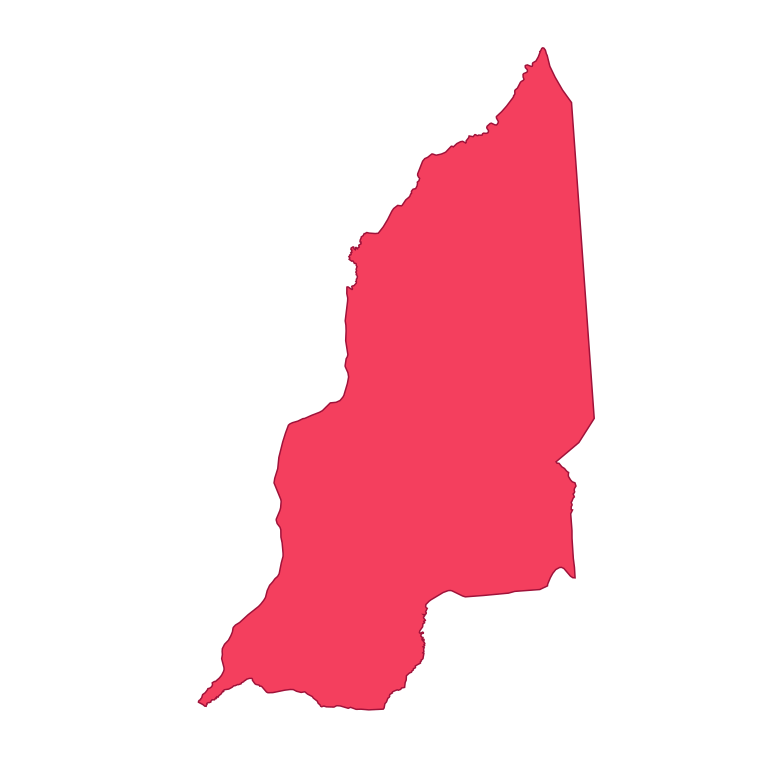 the district of Chi Kraeng, Siemréab, Cambodia, rotated 176°
{"feature_id": "14789045B44896386917879", "entity_name": "Chi Kraeng", "entity_type": "district", "adm_level": 2, "iso_a3": "KHM", "parent_name": "Cambodia", "parent_adm1": "Siemréab", "projection": "albers", "projection_center": [104.442, 13.166], "detail": "fine", "context": "isolated", "style": "filled", "palette": "rose", "viewbox_px": 768, "rotation_deg": 176, "n_neighbors": 0, "source": "geoboundaries", "source_scale": "gbopen_adm2", "svg_char_len": 6051}
<svg xmlns="http://www.w3.org/2000/svg" viewBox="0 0 768 768"><g transform="rotate(176 384 384)"><path d="M494.0,318.1L495.9,307.0L499.6,297.5L500.6,293.0L495.0,276.0L494.8,274.0L495.8,267.6L496.7,265.0L500.9,256.7L501.0,255.7L500.3,252.2L497.7,248.3L497.1,245.7L497.5,238.4L496.7,232.7L496.5,222.1L496.7,219.2L498.9,212.8L501.8,202.1L503.5,199.5L506.3,197.4L508.9,194.3L512.1,191.2L514.9,186.1L517.1,179.4L519.2,176.4L522.3,173.0L524.7,170.8L535.7,163.3L544.6,156.2L549.0,153.9L551.1,151.9L551.6,151.1L552.5,147.3L554.2,143.8L557.0,139.3L561.2,135.5L563.7,131.3L564.1,128.6L564.1,125.2L565.1,121.3L563.4,112.1L563.5,110.1L564.2,108.3L566.3,104.8L568.7,102.2L572.9,99.0L573.9,99.1L576.2,97.9L576.1,95.7L577.1,94.0L579.1,92.7L580.9,92.4L581.6,91.1L583.9,88.5L586.6,86.8L587.8,83.6L588.9,82.6L589.1,81.9L590.3,81.4L591.1,80.5L591.3,79.5L587.1,76.9L585.2,75.1L583.9,74.9L583.6,76.0L582.9,76.7L583.0,77.7L581.6,78.4L580.7,78.3L579.0,78.8L579.0,79.4L577.5,81.0L575.1,80.8L574.3,82.0L573.9,82.3L573.5,81.9L572.8,82.6L573.2,83.1L572.4,83.8L571.2,83.3L570.5,84.6L568.2,86.1L566.3,88.7L565.9,88.3L565.4,88.5L565.1,89.7L564.6,90.1L560.1,90.5L556.6,92.1L555.0,93.4L553.6,93.4L550.9,94.4L550.2,94.2L547.5,94.9L547.0,95.9L544.8,96.8L543.7,97.9L542.9,98.0L541.8,99.0L539.0,99.7L536.9,99.6L536.3,99.5L535.8,98.8L535.9,97.6L533.7,94.0L532.6,93.2L529.7,92.4L529.0,91.2L528.0,91.3L527.0,90.7L522.7,84.9L521.3,84.1L516.4,83.9L504.3,85.5L498.9,85.8L495.8,85.5L492.7,83.6L488.2,82.1L484.5,82.5L481.9,80.0L477.3,77.2L476.4,75.6L472.7,72.3L471.9,70.0L470.3,68.5L469.6,66.9L468.7,66.4L466.5,66.9L464.1,66.0L456.5,65.2L453.6,66.4L450.1,65.9L442.3,63.0L439.9,63.8L434.5,61.4L429.6,61.2L421.9,60.0L407.4,59.7L406.5,60.8L405.4,65.0L403.7,66.7L402.1,70.2L400.7,71.1L400.1,72.1L400.3,72.8L399.8,73.9L397.3,75.2L397.5,75.7L396.9,76.3L394.7,77.2L392.1,78.0L391.1,77.5L388.7,78.2L387.6,79.5L384.6,79.9L383.7,84.7L382.5,87.1L382.0,91.4L378.8,93.9L376.7,94.6L376.0,95.9L374.7,96.7L374.4,98.1L372.9,98.5L372.4,99.0L372.4,100.6L367.1,103.1L367.1,104.3L366.1,105.1L366.0,106.2L365.3,106.4L364.3,107.3L363.0,112.5L364.0,113.1L362.9,114.1L363.0,116.9L362.3,118.1L363.4,119.1L362.0,119.9L361.7,120.4L362.2,121.5L361.4,122.0L361.9,123.7L362.5,124.1L362.8,125.0L361.9,125.6L361.9,126.3L362.7,126.3L363.6,125.8L364.0,126.7L363.7,127.3L362.9,127.6L362.7,128.1L362.9,128.5L363.6,128.5L364.8,130.0L364.4,131.7L363.8,132.3L362.2,132.6L362.1,133.3L362.7,133.8L365.1,132.9L365.9,133.2L366.0,133.9L365.4,135.4L362.4,139.1L361.9,142.0L360.2,143.0L360.9,144.5L359.5,145.0L359.2,145.4L360.8,147.8L360.8,148.7L359.5,150.1L360.7,151.2L359.4,151.0L358.0,151.9L357.8,152.8L358.4,153.8L356.5,157.2L357.4,157.7L358.0,159.0L357.6,161.1L354.3,164.1L352.3,165.4L339.5,171.9L334.4,173.4L332.3,173.4L330.7,173.0L320.3,167.0L317.7,166.0L299.4,166.1L274.4,166.7L268.0,168.0L242.9,168.1L235.0,171.2L234.7,172.9L231.6,179.1L228.9,183.3L225.6,186.9L221.7,188.7L219.7,188.7L217.4,187.4L211.4,179.3L209.2,177.6L206.9,177.3L206.8,187.7L207.3,196.8L207.2,216.9L206.7,224.6L206.8,241.5L204.7,245.2L206.0,245.7L205.8,248.5L204.9,249.9L204.8,250.7L205.5,252.5L205.3,253.3L204.8,253.8L203.3,256.9L202.0,258.1L203.0,261.1L201.7,262.3L201.3,263.2L201.7,264.9L201.2,266.6L199.6,268.8L200.4,272.1L203.0,273.3L204.6,275.3L206.4,278.8L206.5,280.4L206.0,282.9L207.0,283.5L208.3,284.9L209.8,287.1L212.4,289.0L215.0,292.7L216.9,292.9L217.8,294.4L193.7,312.0L176.7,335.0L177.3,651.7L185.4,664.8L191.9,678.1L196.4,689.4L198.3,700.4L199.0,702.1L199.7,705.7L201.0,707.8L202.1,708.3L203.2,707.8L204.6,705.3L205.4,704.8L205.2,704.1L207.3,699.5L209.9,695.6L213.0,694.1L213.5,693.4L213.7,691.3L214.1,690.6L215.1,690.6L218.7,692.3L220.4,692.0L221.0,691.5L220.9,689.7L219.1,687.5L219.1,686.0L219.8,685.0L223.0,683.9L223.7,683.1L223.8,680.5L223.1,678.2L223.9,677.2L226.0,676.2L226.9,675.4L230.3,669.8L232.6,668.2L233.1,667.3L233.2,664.2L234.8,662.1L234.7,661.5L235.1,661.0L242.4,652.6L247.8,647.3L253.2,643.0L253.3,641.6L251.6,637.7L252.0,636.5L253.1,635.0L253.9,634.5L255.5,634.9L258.7,636.7L259.9,636.5L263.1,634.0L263.6,632.8L263.4,631.7L262.2,629.8L262.2,628.5L262.8,627.4L263.5,627.1L264.7,626.9L267.1,627.3L268.2,626.8L268.8,625.5L269.7,625.4L272.2,625.7L272.8,625.3L273.8,625.3L275.2,626.3L276.0,626.4L277.8,624.5L281.8,625.5L282.3,623.9L285.1,620.8L285.2,619.2L285.7,618.7L288.6,620.6L290.7,620.4L294.5,618.8L298.3,615.7L299.7,616.5L300.4,616.4L306.3,611.0L307.8,610.4L310.7,609.4L316.0,608.6L319.3,610.0L320.3,610.1L324.6,607.1L327.6,606.0L329.9,603.6L335.7,591.4L335.9,590.0L335.2,588.1L334.1,586.7L334.9,584.4L336.7,583.0L336.6,581.6L337.2,579.3L338.8,576.7L341.4,576.3L342.5,575.2L343.2,574.3L343.3,572.2L344.1,571.7L345.3,569.2L349.5,566.1L353.5,560.9L354.3,560.5L357.9,561.2L362.1,558.4L364.1,555.9L368.9,547.8L373.8,540.8L379.2,534.8L382.2,534.7L388.4,535.6L390.5,536.3L391.2,536.2L391.9,535.4L393.3,535.4L394.4,533.5L396.5,532.2L396.5,531.5L397.7,529.3L398.0,527.9L397.9,527.4L397.0,527.1L397.3,526.2L397.1,525.7L397.4,525.2L399.1,524.5L399.5,523.8L399.2,522.4L400.9,521.4L401.0,520.9L402.3,522.2L402.8,522.1L402.7,520.9L403.3,519.9L404.4,521.0L404.8,522.8L405.5,522.9L407.3,521.9L407.6,520.6L406.7,519.7L407.2,518.9L406.9,517.7L408.0,517.2L407.6,516.0L408.2,515.1L408.9,515.3L409.4,514.2L410.2,513.5L409.3,512.1L410.1,510.8L407.7,508.8L406.5,508.9L405.6,507.6L405.2,506.4L403.9,506.3L403.4,505.8L403.4,504.1L402.7,503.0L403.8,500.4L403.4,498.8L404.3,497.6L403.7,496.1L404.1,495.0L403.5,494.6L403.0,492.8L403.7,490.9L404.2,490.6L404.5,488.5L404.9,488.2L404.4,487.7L404.6,486.6L407.1,484.2L409.0,483.9L409.4,483.5L408.8,481.3L409.0,480.6L409.6,480.6L413.0,483.3L414.1,483.4L414.3,482.9L414.8,476.7L414.2,472.3L414.5,469.4L418.3,449.7L417.9,445.2L418.1,439.7L419.2,429.9L418.0,415.9L418.6,413.9L420.0,411.8L421.5,405.1L421.5,404.1L419.2,397.8L418.8,393.5L420.5,387.0L424.8,375.5L426.0,373.7L429.0,370.6L433.0,369.1L438.9,368.9L447.3,361.7L450.3,360.3L458.4,357.8L465.5,355.2L467.3,355.1L472.5,353.0L478.0,351.8L480.6,350.8L482.2,349.6L485.6,342.1L489.1,333.2L494.0,318.1Z" fill="#f43f5e" stroke="#9f1239" stroke-width="1.5"/></g></svg>